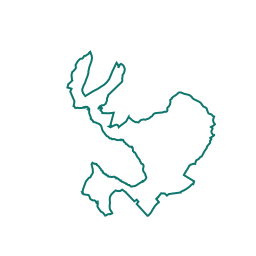 outline of Kota Palu, Sulawesi Tengah, Indonesia, rotated 323°
{"feature_id": "22746128B23229204425516", "entity_name": "Kota Palu", "entity_type": "district", "adm_level": 2, "iso_a3": "IDN", "parent_name": "Indonesia", "parent_adm1": "Sulawesi Tengah", "projection": "orthographic", "projection_center": [119.87, -0.79], "detail": "fine", "context": "isolated", "style": "outline", "palette": "teal", "viewbox_px": 256, "rotation_deg": 323, "n_neighbors": 0, "source": "geoboundaries", "source_scale": "gbopen_adm2", "svg_char_len": 5862}
<svg xmlns="http://www.w3.org/2000/svg" viewBox="0 0 256 256"><g transform="rotate(323 128 128)"><path d="M64.1,186.6L64.4,185.4L64.6,182.6L65.2,181.0L66.7,178.8L68.3,177.3L70.5,173.9L72.0,172.3L74.4,171.1L77.4,170.6L80.5,170.4L81.6,171.9L83.4,173.4L84.1,173.7L85.7,173.6L86.3,173.8L87.5,178.0L88.6,178.0L87.5,178.0L88.9,190.4L91.8,190.5L91.9,193.2L89.2,193.9L90.8,210.6L90.9,210.2L93.6,209.8L95.9,209.2L99.9,207.4L100.4,207.4L101.9,206.7L105.2,206.0L107.8,205.9L107.8,205.4L108.1,205.3L107.9,201.6L109.8,201.5L110.1,201.5L110.1,201.2L110.9,201.2L115.3,200.1L115.9,200.9L117.5,202.0L117.9,202.4L118.4,205.4L120.8,205.3L131.1,211.1L131.2,210.8L134.1,211.1L134.9,211.5L138.1,211.8L141.8,211.9L144.6,211.5L146.4,211.7L146.5,212.0L148.3,210.8L148.1,210.4L148.6,210.1L144.3,199.2L145.9,198.4L151.5,196.3L154.4,195.0L155.8,195.0L158.1,195.7L159.3,196.4L160.0,197.1L160.5,196.6L163.1,194.9L165.8,195.3L168.2,194.7L169.9,195.0L175.0,192.6L178.8,191.4L179.5,190.7L180.4,190.2L184.5,189.3L185.3,188.6L185.7,187.7L187.1,187.4L187.9,187.0L188.1,186.6L187.6,185.8L187.7,185.4L190.7,185.7L192.0,185.7L192.5,185.6L192.6,185.4L191.9,184.7L191.8,184.1L191.8,182.4L192.3,181.2L192.6,180.8L195.2,179.4L195.4,178.8L195.0,177.9L194.8,177.1L195.4,177.1L196.7,177.5L199.6,177.4L199.8,176.8L199.7,176.0L199.9,174.5L200.2,173.8L200.7,172.9L201.6,172.1L203.7,170.7L203.0,169.4L202.9,167.8L202.8,167.4L201.2,165.1L201.1,164.6L201.4,163.2L202.3,160.2L202.6,159.7L202.4,158.6L201.1,156.1L201.2,151.7L200.6,149.8L198.1,145.0L197.5,143.3L197.6,141.6L197.3,140.1L196.6,138.3L193.3,134.3L191.7,131.5L190.7,130.7L189.7,130.3L188.6,130.3L187.6,130.5L185.9,130.5L182.7,130.3L181.0,130.4L180.8,130.9L178.5,131.0L177.4,133.0L175.6,134.5L173.9,135.3L171.8,135.5L171.1,135.9L170.4,137.3L169.4,138.1L168.6,138.1L167.9,137.8L167.1,137.0L165.0,136.4L159.3,132.9L157.9,132.3L156.8,132.3L155.8,132.5L155.0,132.9L153.9,133.1L152.8,132.8L151.5,133.0L150.0,132.9L148.6,132.3L146.9,131.9L145.6,130.5L143.2,129.4L139.8,129.8L139.0,130.5L139.8,129.8L137.4,127.7L136.0,124.4L135.7,122.4L135.1,119.9L135.3,119.5L130.3,121.7L123.5,121.6L121.1,121.8L121.4,121.2L121.5,119.7L121.3,119.0L120.5,118.2L119.3,117.8L114.4,116.9L113.7,115.3L116.0,116.0L116.1,114.8L125.8,107.2L121.8,104.9L116.5,100.7L116.9,100.1L116.7,97.3L119.1,96.6L119.1,94.9L116.1,95.0L115.7,95.5L116.4,94.4L118.5,93.8L120.4,94.0L122.4,95.2L124.8,95.2L127.9,93.3L128.9,91.8L131.1,90.6L131.9,89.8L150.8,87.5L151.8,87.0L153.2,84.9L154.3,84.0L155.4,82.5L157.8,81.6L158.4,81.3L160.4,79.6L161.2,78.4L161.8,75.7L161.8,74.9L161.3,73.1L160.9,72.5L160.3,72.5L159.2,72.6L158.5,73.2L157.0,73.8L156.4,74.3L157.5,73.1L158.1,70.6L158.1,69.0L149.4,73.5L142.5,77.6L138.7,78.7L135.1,79.1L127.1,78.5L122.0,77.6L113.1,76.8L113.1,73.4L113.7,71.2L114.7,69.6L118.6,67.1L121.0,66.0L123.7,64.1L126.3,62.6L129.4,60.3L130.5,58.9L133.6,56.2L139.2,52.5L141.3,50.5L141.9,49.5L142.6,48.2L143.7,44.4L142.2,44.5L141.2,45.1L139.2,44.8L138.1,44.9L137.5,44.8L136.7,44.2L135.9,44.2L134.2,45.0L133.1,45.0L132.0,44.2L130.8,44.0L127.6,44.6L124.0,46.2L122.9,48.1L122.1,49.0L118.7,49.7L117.3,49.7L115.6,51.0L114.8,51.3L115.0,51.3L112.0,56.3L112.0,56.6L107.2,57.1L106.7,57.0L105.3,58.3L104.0,59.2L106.6,62.6L103.8,64.2L101.3,74.5L97.8,77.7L98.1,78.0L97.9,78.2L98.1,79.1L97.9,80.0L98.3,80.7L99.8,81.3L100.3,82.0L101.0,82.7L103.3,84.3L103.9,84.5L104.8,84.5L105.5,84.9L105.3,85.5L106.4,86.0L106.6,85.5L107.2,85.7L107.8,86.7L108.2,86.8L108.1,87.1L108.6,88.6L108.5,89.1L108.4,89.4L107.7,89.0L107.5,89.3L108.2,89.6L108.0,89.9L107.8,89.8L107.9,90.0L107.3,91.0L106.0,92.6L106.0,92.9L105.2,94.9L105.3,95.4L104.3,98.0L103.9,98.1L104.0,98.5L103.8,98.6L104.1,99.4L103.9,99.7L104.3,100.5L104.3,101.2L104.0,101.7L104.2,102.7L105.5,104.0L105.9,105.1L107.3,107.1L107.9,109.6L107.4,111.4L106.2,114.4L106.2,115.1L106.0,116.1L106.2,118.1L106.0,119.6L106.2,120.3L106.2,121.6L107.0,123.1L107.1,125.0L107.3,125.5L108.1,125.9L108.4,126.6L108.4,127.2L109.0,127.8L110.0,128.2L110.7,129.0L111.8,130.8L113.2,132.1L115.4,132.9L116.0,133.7L116.1,133.9L115.9,134.0L116.1,134.1L116.3,134.0L116.7,134.3L117.0,134.9L116.4,136.5L117.0,138.2L117.0,138.6L116.7,139.3L117.3,140.3L117.8,143.3L118.1,143.9L119.8,145.3L119.8,145.6L119.4,145.6L119.4,145.8L119.9,145.9L119.8,146.6L118.1,149.5L118.3,150.4L118.2,150.8L118.4,151.3L118.8,152.0L118.4,154.7L118.2,155.2L118.3,156.0L118.0,157.0L118.2,159.9L118.0,160.8L117.6,161.4L117.7,162.2L117.2,164.5L118.0,165.6L118.1,166.4L117.5,168.0L116.1,169.1L115.6,169.4L115.5,169.7L114.5,171.0L114.2,172.1L114.1,175.2L113.3,176.5L113.3,177.5L112.9,178.4L112.8,178.7L111.6,179.3L109.8,179.8L108.6,179.6L108.0,179.1L106.7,179.4L106.8,179.6L106.4,179.5L106.0,179.2L99.1,178.7L97.1,177.7L96.9,177.5L96.2,177.3L95.1,176.5L94.9,175.2L94.5,174.4L94.6,174.2L93.9,173.7L93.1,171.8L93.2,171.7L92.9,171.4L93.0,171.1L92.8,171.0L92.2,169.5L91.8,169.0L91.6,168.4L90.9,167.4L90.5,166.4L90.1,165.1L90.3,165.1L89.9,164.6L89.8,163.1L89.5,162.4L88.9,161.8L89.1,161.8L89.1,161.3L88.5,160.0L87.7,159.2L87.7,158.6L86.9,158.1L85.3,157.3L84.9,156.5L83.8,155.8L82.9,154.4L83.3,153.9L82.4,152.7L82.6,151.9L81.9,151.3L82.0,150.6L81.5,149.9L81.3,149.2L81.4,148.7L81.2,148.7L81.2,148.2L81.7,147.4L81.6,146.6L81.2,145.8L81.5,145.4L81.6,144.1L81.4,142.8L81.6,142.5L81.5,140.9L81.2,139.4L80.9,138.8L81.2,138.3L81.1,137.8L80.7,137.6L80.7,137.2L80.0,136.7L79.5,136.1L79.4,136.1L79.3,135.5L78.7,134.8L78.6,134.4L77.1,135.1L76.9,135.3L75.0,139.8L74.0,141.1L73.5,142.1L72.3,143.0L69.6,144.0L68.3,144.7L66.6,144.3L62.3,145.3L55.3,149.8L53.5,151.4L52.9,152.7L52.5,152.0L52.3,152.6L52.3,153.3L52.7,154.3L56.1,157.8L56.2,158.3L56.0,159.6L55.2,161.5L55.2,161.9L55.7,163.4L56.4,164.7L57.7,165.7L58.0,166.5L58.1,167.4L57.8,168.7L59.2,168.4L59.5,168.5L58.0,170.8L56.8,171.7L56.3,172.4L56.1,174.8L56.0,178.3L57.1,180.8L57.0,184.2L58.1,184.6L60.1,184.8L61.0,185.3L61.7,186.1L64.1,186.6Z" fill="none" stroke="#0f766e" stroke-width="2"/></g></svg>